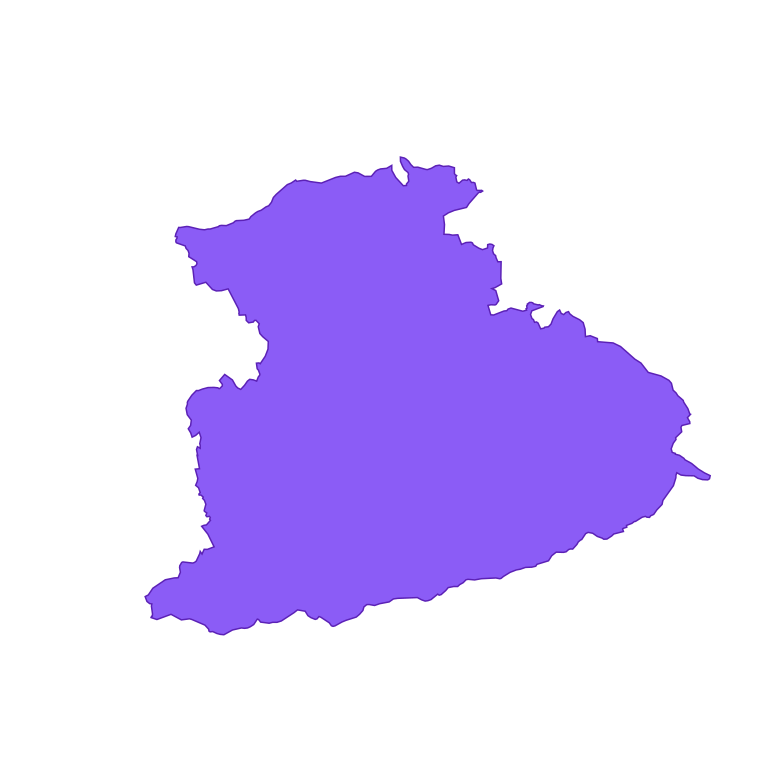 Rebra, Bistrita-Nasaud, Romania (Robinson projection), rotated 254°
{"feature_id": "2599482B64349342212864", "entity_name": "Rebra", "entity_type": "district", "adm_level": 2, "iso_a3": "ROU", "parent_name": "Romania", "parent_adm1": "Bistrita-Nasaud", "projection": "robinson", "projection_center": [24.525, 47.344], "detail": "fine", "context": "isolated", "style": "filled", "palette": "violet", "viewbox_px": 768, "rotation_deg": 254, "n_neighbors": 0, "source": "geoboundaries", "source_scale": "gbopen_adm2", "svg_char_len": 6150}
<svg xmlns="http://www.w3.org/2000/svg" viewBox="0 0 768 768"><g transform="rotate(254 384 384)"><path d="M583.3,224.0L582.4,225.7L581.1,225.1L579.9,223.7L578.0,223.1L576.9,223.4L571.5,231.0L568.9,231.1L566.4,232.4L563.4,232.6L560.2,231.4L553.2,237.6L551.1,237.3L549.7,235.9L549.0,233.5L549.5,231.8L546.6,231.9L533.5,229.7L530.8,230.8L530.9,240.8L522.2,245.1L519.7,248.4L518.5,253.5L518.4,260.4L496.6,264.8L492.9,264.6L492.1,264.0L490.1,263.8L488.6,269.9L486.1,269.9L483.1,269.1L480.1,270.8L479.6,275.5L480.8,277.0L480.5,278.5L476.3,280.7L473.8,278.9L466.7,278.6L463.0,280.4L456.8,284.5L449.5,282.1L443.4,277.5L437.6,270.6L438.7,269.7L439.2,267.1L433.6,266.3L431.9,267.1L427.7,267.4L426.8,267.0L425.4,265.1L421.9,262.4L424.0,259.5L425.5,256.2L424.4,253.5L421.2,249.6L418.3,244.8L420.5,242.3L422.9,241.0L429.7,239.4L437.1,233.5L432.7,226.8L428.2,228.5L426.7,228.0L424.9,224.8L425.2,223.9L426.1,223.3L427.6,219.6L429.1,213.8L429.2,208.1L428.8,203.9L429.4,201.8L426.2,196.2L421.7,190.8L420.6,189.9L418.8,189.5L415.2,187.0L408.7,186.4L402.4,188.8L397.5,186.7L394.9,183.5L390.4,184.7L385.8,184.9L386.5,188.8L388.6,193.1L382.8,193.3L377.3,190.4L376.0,190.5L372.9,189.6L375.1,187.4L372.7,185.7L366.6,185.2L366.9,184.6L353.4,183.3L354.2,179.1L344.6,179.0L341.8,177.6L338.5,175.0L335.4,177.1L330.3,177.4L329.2,175.7L328.2,175.7L327.7,177.4L325.1,179.1L324.0,178.1L321.7,179.3L317.5,179.6L312.0,176.3L311.1,176.3L308.9,178.1L306.6,176.5L305.2,177.2L304.9,179.7L303.5,180.2L302.1,179.1L300.8,179.6L297.5,174.5L297.8,172.0L297.5,169.5L288.2,173.3L274.3,175.8L273.7,168.6L274.7,165.6L270.7,162.2L273.7,161.2L271.7,160.1L265.5,154.7L264.7,152.6L264.6,150.8L268.4,141.6L268.2,140.3L265.6,137.6L263.9,136.9L259.2,136.4L254.5,132.7L255.4,128.8L256.1,119.8L251.4,105.5L246.2,99.3L245.5,95.8L240.3,96.2L237.5,98.2L236.6,100.2L234.6,99.2L226.7,98.1L224.7,97.3L224.8,96.6L223.7,95.7L220.2,100.8L221.3,115.8L213.1,124.2L211.9,132.3L210.6,134.4L201.6,145.4L196.8,147.8L194.6,147.7L193.7,148.5L193.2,151.2L190.3,154.5L188.5,157.5L187.1,161.0L189.3,170.6L188.8,179.7L187.6,182.5L187.1,185.6L187.5,188.5L188.7,192.5L192.9,197.4L192.2,198.5L189.1,199.8L185.7,207.7L185.6,211.2L184.4,215.4L184.5,220.0L189.0,234.5L190.7,238.6L187.3,245.6L182.3,247.0L179.5,249.4L176.7,253.0L176.7,254.9L178.4,257.4L177.2,259.0L169.5,265.6L166.1,266.8L165.1,268.2L165.0,270.2L166.8,278.0L167.3,282.4L167.6,293.1L169.4,297.1L172.1,301.3L175.2,303.2L176.7,306.6L176.1,309.0L173.7,313.9L174.0,319.3L173.1,328.9L174.8,333.8L174.2,338.1L169.5,357.2L166.2,360.6L164.0,363.7L163.6,366.5L163.8,369.8L167.2,377.7L165.8,378.8L165.8,380.9L168.5,386.5L170.6,389.6L170.1,395.3L169.0,399.0L170.3,401.5L171.2,405.4L173.2,408.8L173.1,410.9L170.7,417.1L170.0,423.9L166.7,438.1L164.9,441.6L164.9,443.0L166.1,445.8L168.2,453.3L168.8,460.0L168.4,463.9L168.7,469.5L167.2,475.6L167.0,479.6L168.5,481.3L168.7,493.4L172.7,497.9L174.9,503.2L172.7,510.1L172.5,512.8L174.0,515.9L174.0,517.9L173.3,519.9L176.6,525.2L178.6,527.2L179.8,529.8L180.0,531.2L184.6,536.6L185.1,539.3L183.0,543.5L178.7,547.0L175.8,551.1L174.2,552.5L173.5,555.6L175.1,560.9L176.5,563.6L176.2,573.5L178.9,573.4L179.3,574.1L179.4,577.9L181.2,578.1L181.7,583.9L182.8,586.7L182.6,587.9L184.8,595.5L184.7,598.8L183.5,600.0L182.6,602.5L183.8,603.9L184.3,607.3L187.8,611.6L191.6,618.1L195.2,620.0L206.5,634.2L213.4,638.7L215.8,639.5L218.0,641.0L214.6,644.4L212.7,648.9L210.3,656.7L206.9,659.7L204.3,663.8L202.6,668.8L203.2,670.8L206.0,672.3L210.2,667.6L215.6,662.7L222.8,657.8L228.2,652.4L229.9,651.8L234.0,648.4L236.2,644.7L237.0,644.9L238.8,642.2L242.5,642.2L243.6,643.0L247.3,645.7L250.2,649.4L252.0,649.5L256.0,657.0L260.5,657.5L262.0,658.9L261.7,667.1L263.5,667.5L268.0,666.4L270.4,670.3L270.9,669.7L276.6,669.3L283.9,667.1L285.8,667.1L291.8,663.2L294.9,662.3L298.4,660.2L305.5,660.5L309.0,658.9L315.4,652.5L322.3,641.2L333.3,636.8L338.7,632.0L354.7,621.8L360.3,615.6L365.8,601.0L368.9,601.6L373.6,595.5L374.0,590.7L381.3,592.4L388.1,592.4L391.8,589.8L397.0,584.2L400.3,581.9L402.7,581.3L402.6,578.6L401.2,575.9L403.0,573.8L406.7,573.2L405.8,570.6L400.0,564.4L395.6,561.1L393.7,557.8L394.3,554.2L393.6,553.1L393.9,549.8L400.2,548.9L401.6,547.7L401.8,545.7L404.8,545.4L406.0,544.3L410.4,544.0L413.6,546.3L414.6,558.3L415.1,558.7L415.6,557.4L417.5,555.1L417.5,554.0L420.0,549.7L420.9,549.5L421.8,548.2L422.3,546.4L421.3,543.8L420.7,543.9L419.8,542.7L417.5,542.4L417.2,541.3L415.7,541.4L415.7,537.5L422.0,527.0L421.8,523.9L420.6,522.2L421.1,519.5L420.1,508.4L421.1,505.7L430.9,505.6L430.7,508.6L429.4,512.5L429.6,513.7L432.4,517.2L443.0,517.2L446.0,514.0L446.0,517.1L447.8,524.7L453.3,525.4L469.3,530.3L470.1,527.1L474.7,526.5L476.6,526.7L479.0,525.2L482.3,525.1L484.8,526.3L486.6,527.8L488.4,526.3L489.4,524.3L489.4,522.1L486.2,521.0L486.0,515.7L488.5,512.5L493.2,508.2L495.2,507.9L496.3,506.7L497.4,501.8L496.8,497.0L507.1,496.1L508.2,490.9L509.8,487.9L511.4,482.9L520.6,486.1L529.1,487.4L530.8,493.1L531.5,499.5L531.0,512.0L534.0,515.4L541.7,527.3L542.1,528.8L541.6,529.7L542.3,532.0L543.2,531.3L544.3,527.1L545.2,526.5L552.1,526.8L553.1,525.6L553.6,523.6L556.8,522.6L557.8,521.6L556.8,520.0L558.0,517.7L558.3,515.7L556.3,511.4L558.2,509.7L563.1,510.1L564.3,511.3L565.4,510.2L566.8,509.7L572.5,511.3L575.7,506.3L576.8,501.0L579.1,497.5L579.5,493.8L578.3,489.0L578.1,485.0L578.6,483.6L583.1,476.3L584.1,472.2L587.5,470.3L591.4,469.0L594.2,467.2L595.6,465.9L597.6,462.3L593.5,461.2L588.0,461.9L584.4,462.8L580.7,465.4L578.8,465.4L577.3,464.4L572.1,463.7L570.0,460.7L568.6,460.4L569.3,457.2L579.3,452.2L587.2,450.4L592.0,451.7L590.6,446.0L591.7,439.9L591.5,436.9L590.8,434.5L587.1,429.1L588.9,422.6L594.1,417.3L595.7,413.9L594.3,404.2L595.7,399.4L595.9,394.3L594.4,379.2L598.9,368.9L601.5,364.5L602.1,362.4L602.9,356.0L604.4,355.3L602.8,350.3L602.3,346.0L596.0,332.7L593.8,329.1L589.7,325.9L587.1,322.3L586.8,319.4L584.9,313.9L584.6,310.1L583.9,307.6L581.6,302.2L579.7,299.9L580.0,294.5L581.7,287.2L581.6,285.8L580.5,283.6L579.7,276.1L581.3,271.4L581.5,269.3L580.9,268.3L580.9,259.5L581.5,257.5L581.7,254.0L583.6,249.3L589.1,239.6L589.8,237.8L590.6,231.3L591.1,229.8L585.7,225.3L583.3,224.0Z" fill="#8b5cf6" stroke="#5b21b6" stroke-width="1.5"/></g></svg>